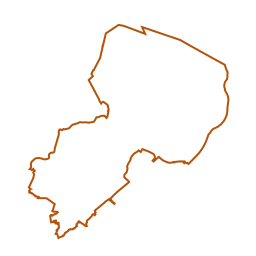 outline of Leudal, Limburg, Netherlands, rotated 355°
{"feature_id": "6326949B97609854971564", "entity_name": "Leudal", "entity_type": "district", "adm_level": 2, "iso_a3": "NLD", "parent_name": "Netherlands", "parent_adm1": "Limburg", "projection": "mercator", "projection_center": [5.85, 51.234], "detail": "fine", "context": "isolated", "style": "outline", "palette": "amber", "viewbox_px": 256, "rotation_deg": 355, "n_neighbors": 0, "source": "geoboundaries", "source_scale": "gbopen_adm2", "svg_char_len": 5471}
<svg xmlns="http://www.w3.org/2000/svg" viewBox="0 0 256 256"><g transform="rotate(355 128 128)"><path d="M230.9,88.2L230.9,87.5L231.5,86.0L231.6,83.4L231.9,82.6L232.0,81.0L231.9,80.5L231.5,79.6L230.9,77.9L230.6,76.6L230.5,76.0L229.9,73.5L206.8,58.0L193.9,49.2L187.9,45.0L150.9,28.7L153.3,35.7L132.5,25.8L127.6,24.5L114.2,31.8L110.5,42.9L110.5,43.0L110.3,43.0L109.8,44.4L110.0,44.4L106.3,55.9L101.1,63.9L99.0,67.3L98.4,67.3L96.3,70.8L96.4,71.0L97.5,73.3L93.1,76.7L93.2,76.9L93.1,77.0L95.5,82.4L97.8,87.8L97.7,87.8L98.6,89.8L101.2,95.9L101.8,97.6L102.0,98.6L103.3,101.1L103.4,100.9L103.5,100.9L105.3,99.7L105.7,99.7L109.0,102.6L109.7,103.4L109.8,103.8L109.7,103.8L109.8,105.2L110.3,107.1L110.3,108.4L110.2,108.7L110.1,108.9L110.1,109.2L109.5,109.4L109.7,110.3L109.7,110.6L108.5,114.5L108.5,114.9L107.4,116.1L106.0,114.2L105.6,113.8L104.9,113.7L102.4,113.5L99.8,114.6L99.4,114.7L98.0,114.5L97.6,114.6L97.2,115.0L96.1,116.9L94.6,118.7L94.2,118.9L89.2,119.3L86.4,118.6L84.4,118.6L81.9,118.3L81.0,118.0L80.5,118.0L78.1,119.0L76.1,119.2L75.2,119.5L73.1,119.9L72.8,120.1L69.3,123.0L68.9,123.2L64.9,123.8L64.5,123.8L63.5,123.4L62.6,124.2L62.0,124.4L61.5,124.2L60.9,123.7L60.6,123.5L60.2,123.6L59.5,124.1L59.4,124.0L58.8,124.9L58.7,125.9L58.6,126.4L58.6,127.3L58.6,128.2L53.5,141.4L53.4,141.6L52.7,144.6L52.5,145.1L52.2,145.5L51.7,145.9L51.0,146.0L50.5,146.0L49.5,145.9L49.1,145.9L48.7,146.1L47.7,146.8L47.1,147.4L47.0,147.6L46.8,148.0L46.8,148.5L46.9,149.9L46.8,150.4L46.6,150.9L46.1,151.4L45.3,151.7L44.4,151.9L41.9,152.0L39.0,150.8L36.3,150.0L35.8,150.0L33.0,150.3L32.6,150.5L29.4,153.0L28.8,153.5L28.1,155.4L28.1,156.0L28.1,158.0L28.1,158.5L27.8,158.9L26.8,160.0L26.5,160.4L27.6,160.6L28.4,161.4L28.6,161.2L30.0,160.6L30.0,161.1L30.3,162.3L30.5,162.4L32.0,162.0L30.3,163.4L30.3,163.5L29.7,164.1L30.4,166.1L29.2,169.8L24.5,177.9L24.1,178.3L24.2,178.5L24.3,178.7L24.9,179.6L25.4,180.0L24.9,180.0L24.7,181.3L24.7,182.4L24.0,182.4L24.0,183.6L26.6,184.9L26.7,184.7L30.1,187.7L29.9,188.0L32.8,188.8L32.1,190.0L36.8,190.5L38.2,190.5L40.9,191.0L48.4,197.5L47.3,199.8L46.5,202.2L45.4,203.9L45.7,204.1L45.9,204.6L46.1,204.7L47.2,204.9L48.9,205.1L50.4,205.4L50.7,205.8L49.6,206.6L48.6,207.4L48.3,207.5L47.6,207.4L45.4,208.3L45.2,208.4L45.2,208.7L44.9,208.7L44.7,208.7L44.3,208.0L44.0,208.0L43.4,208.1L42.8,208.8L42.8,209.2L43.2,215.3L43.9,215.2L44.2,215.0L45.0,214.9L45.1,215.1L45.5,215.0L46.6,215.7L46.4,215.0L46.3,214.0L48.1,213.9L48.4,216.6L47.9,216.5L47.8,216.8L48.5,216.9L49.2,217.4L49.7,216.5L50.5,216.4L50.6,219.6L50.5,220.0L50.5,221.4L50.1,221.7L49.6,222.2L49.0,222.6L48.1,223.5L48.7,223.8L47.5,226.0L46.8,227.2L48.3,227.6L49.1,231.5L49.5,231.3L49.8,231.2L50.1,231.0L50.4,231.0L52.0,230.5L52.3,230.5L52.8,230.2L53.2,230.2L53.4,230.0L53.6,229.7L53.8,229.8L54.0,229.5L54.4,229.5L54.9,229.2L55.0,229.0L55.1,228.8L55.4,228.4L55.6,228.1L55.7,227.8L56.0,227.2L56.8,226.6L57.2,226.4L57.5,226.5L57.7,226.3L57.9,226.3L58.0,226.2L58.8,225.6L59.2,225.5L59.3,225.3L59.4,225.1L60.0,224.6L60.3,224.2L60.6,224.3L61.1,224.1L61.3,223.9L61.5,224.1L61.9,223.9L62.1,223.8L62.8,224.0L63.0,224.0L63.5,224.0L63.9,224.1L64.1,223.8L64.8,223.5L65.1,223.3L65.3,223.2L65.5,223.5L68.6,221.2L68.2,220.5L68.5,220.2L68.3,219.4L69.1,218.8L69.8,218.0L69.8,217.8L70.5,217.0L71.1,217.6L71.5,217.0L73.7,219.0L75.5,220.2L76.6,221.5L77.5,222.2L78.4,222.0L78.2,221.7L78.1,220.3L78.1,219.3L78.4,219.1L78.9,218.6L78.9,217.1L79.2,216.5L79.8,216.1L81.3,215.2L82.5,214.0L84.0,212.8L84.4,212.3L84.8,211.5L85.2,211.0L85.7,210.8L86.2,211.2L86.5,211.3L87.0,211.8L87.3,212.0L87.8,211.4L87.5,211.3L87.1,210.8L88.3,209.3L87.8,208.9L87.9,208.3L87.7,207.4L98.6,199.9L99.0,199.5L99.0,199.4L99.4,199.2L100.0,198.8L101.2,198.2L102.7,197.3L103.6,198.4L104.5,199.2L106.9,201.6L107.7,202.4L108.1,201.9L106.8,200.8L105.4,199.1L105.2,198.7L104.7,197.7L104.3,196.7L106.0,195.4L106.3,195.3L106.5,195.1L106.7,194.8L106.7,194.7L108.0,193.6L111.2,191.1L111.6,190.8L124.4,181.9L124.3,181.6L123.5,180.5L121.6,178.6L121.4,178.4L121.0,177.6L120.1,176.7L120.0,176.1L120.3,174.5L120.4,174.3L120.8,173.7L121.1,173.4L122.6,172.2L123.1,171.2L123.3,170.8L124.0,168.1L124.0,167.7L123.7,166.7L123.7,166.3L125.1,163.5L126.2,162.2L127.8,159.7L127.9,159.4L127.8,158.9L127.9,158.7L128.9,157.0L131.1,154.7L132.4,153.7L133.9,153.0L135.7,152.1L136.7,151.3L138.6,153.0L140.4,150.5L140.5,150.6L141.0,150.5L146.6,153.3L148.0,154.1L150.4,155.6L151.2,156.3L151.7,157.0L152.1,158.0L152.2,158.8L152.2,159.5L151.9,160.5L151.4,161.2L149.7,162.6L150.5,163.6L156.1,159.4L159.0,162.4L160.3,163.5L161.5,164.2L164.5,165.7L165.1,165.9L165.6,166.1L167.4,166.3L170.1,166.1L170.3,165.9L170.8,166.4L171.4,165.9L171.9,165.9L172.0,165.9L174.2,165.8L176.9,165.8L177.1,166.0L177.3,165.9L177.6,165.9L179.3,166.0L179.8,166.3L180.0,166.6L180.0,166.2L180.8,166.1L181.6,166.3L181.6,166.8L181.7,167.2L181.7,167.7L181.8,167.7L184.1,168.0L185.2,169.1L194.1,161.4L196.5,159.2L198.4,157.1L199.8,155.4L201.5,153.1L203.1,150.7L204.4,148.4L206.8,143.4L207.0,142.9L207.7,141.4L209.1,140.2L211.1,137.7L212.5,136.6L212.4,136.6L212.5,136.5L213.8,136.0L216.0,135.2L217.9,134.4L219.3,133.5L220.5,132.7L221.4,132.0L223.6,129.8L224.6,128.6L225.6,127.1L226.3,126.0L226.9,124.8L227.7,122.9L228.3,120.5L228.5,119.3L228.9,116.1L229.8,112.1L230.5,108.7L230.5,106.9L230.4,105.9L230.1,104.4L230.0,103.9L228.3,99.8L228.0,99.0L227.9,98.4L228.0,97.1L227.7,96.4L227.5,95.4L227.6,93.9L227.7,93.3L228.0,92.4L228.5,91.1L229.0,90.2L229.5,89.5L230.0,89.0L230.9,88.2Z" fill="none" stroke="#b45309" stroke-width="2"/></g></svg>